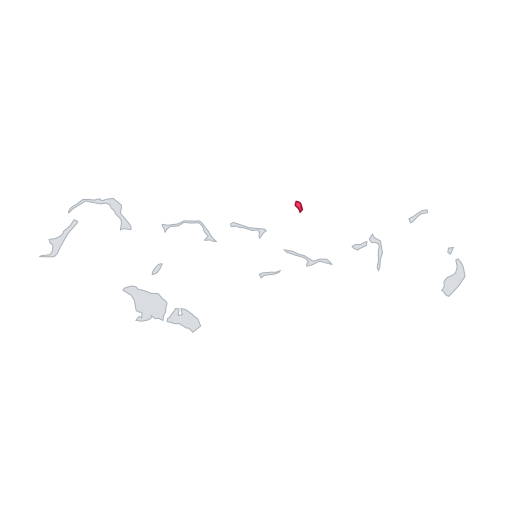 San Salvador on a map of The Bahamas (orthographic projection), rotated 315°
{"feature_id": "BHS-5031", "entity_name": "San Salvador", "entity_type": "District", "adm_level": 1, "iso_a3": "BHS", "parent_name": "The Bahamas", "parent_adm1": "", "projection": "orthographic", "projection_center": [-74.482, 24.049], "detail": "fine", "context": "in_parent", "style": "filled", "palette": "rose", "viewbox_px": 512, "rotation_deg": 315, "n_neighbors": 0, "source": "natural_earth", "source_scale": "10m", "svg_char_len": 3814}
<svg xmlns="http://www.w3.org/2000/svg" viewBox="0 0 512 512"><g transform="rotate(315 256 256)"><path d="M160.1,213.2L159.9,219.8L160.3,224.7L159.7,226.5L154.3,229.7L152.9,231.5L147.8,233.2L144.6,235.8L143.2,231.5L140.3,228.8L139.9,224.4L137.6,225.8L134.3,224.8L129.0,221.3L125.7,216.6L130.5,216.0L131.4,218.8L135.3,215.5L134.5,213.6L133.8,213.4L132.7,209.9L138.6,201.2L140.0,195.5L137.7,186.2L140.1,185.6L146.4,189.0L149.2,192.3L149.2,196.6L151.8,200.1L155.5,208.3L160.1,213.2ZM163.8,238.3L163.9,239.5L158.9,242.9L162.4,245.4L165.9,240.1L168.5,244.6L169.8,252.7L169.5,254.1L169.7,255.4L170.2,256.9L170.3,259.2L167.4,266.3L157.5,265.3L157.5,259.3L156.0,258.1L153.9,249.5L150.9,246.7L146.8,239.5L149.3,237.7L152.6,238.4L154.3,237.6L158.9,237.1L161.7,236.2L163.8,238.3ZM396.2,406.7L394.6,410.7L389.2,418.4L377.2,420.5L363.9,420.9L362.9,418.8L362.6,417.0L363.5,414.1L363.4,413.0L362.9,411.8L367.7,410.6L370.9,407.0L375.9,406.4L382.2,408.8L385.5,408.9L390.5,406.1L394.5,400.1L396.9,400.9L396.2,406.7ZM187.2,148.3L186.1,148.8L182.0,143.2L178.6,141.6L184.0,137.8L186.4,134.5L186.5,127.3L187.9,123.4L187.5,119.9L188.8,116.4L187.3,112.5L182.9,109.2L174.4,96.6L160.6,93.3L153.4,93.0L157.4,91.1L161.0,91.4L166.6,92.7L173.3,93.5L177.3,97.2L181.2,102.1L184.7,104.2L186.1,105.5L185.9,106.9L186.5,108.2L191.1,110.6L195.7,114.3L196.8,125.1L190.4,130.0L188.9,145.6L187.2,148.3ZM126.4,101.8L132.2,103.7L135.4,103.5L137.3,102.5L146.0,103.2L153.1,101.7L154.1,104.6L153.9,106.1L138.8,107.2L124.9,111.0L117.3,113.7L113.7,113.9L111.1,112.3L102.3,103.2L104.7,104.2L111.2,109.4L115.4,108.6L119.4,105.4L120.1,103.0L119.5,101.8L121.4,97.9L126.4,101.8ZM215.1,171.6L223.1,177.9L230.0,180.3L237.4,188.1L240.6,190.9L241.2,193.4L239.8,204.8L238.0,211.7L238.2,217.7L236.4,215.9L234.7,211.9L231.8,209.6L230.8,208.4L236.1,208.2L236.7,202.0L239.3,197.1L239.0,192.0L232.9,186.3L228.8,181.3L222.3,179.7L216.5,174.7L212.9,174.0L208.6,174.8L210.2,171.9L211.3,168.0L212.1,167.3L215.1,171.6ZM304.0,314.1L303.6,315.5L297.3,304.6L289.3,301.9L284.8,299.2L285.7,297.7L288.9,297.1L289.4,293.6L288.1,289.9L283.9,282.3L281.6,277.2L280.5,276.0L280.3,271.7L285.2,278.4L287.2,284.3L290.5,290.1L292.7,300.1L299.1,303.5L303.7,308.3L304.0,314.1ZM335.9,351.3L332.4,353.0L333.2,350.1L340.0,345.3L343.7,341.1L345.8,339.6L346.6,338.4L349.6,336.8L351.1,334.1L350.6,331.9L347.5,328.3L347.5,325.7L348.6,323.9L353.9,323.0L352.5,325.7L354.6,333.5L347.7,343.2L341.7,346.2L335.9,351.3ZM280.8,242.7L281.1,245.4L277.8,244.9L272.8,245.9L271.1,245.9L272.2,244.0L275.6,241.5L275.8,239.0L271.6,235.5L266.8,226.6L264.5,224.5L263.4,221.2L259.3,217.6L260.2,215.8L261.0,215.3L263.8,216.3L270.0,228.9L270.4,230.2L280.8,242.7ZM394.8,339.2L397.9,339.9L399.6,339.9L405.4,341.4L408.9,343.7L409.7,344.6L407.9,346.6L402.5,342.9L397.9,342.4L391.3,342.6L388.7,341.9L390.4,337.8L394.8,339.2ZM343.4,323.4L344.6,324.4L341.3,326.6L334.1,323.9L332.5,324.1L331.0,321.2L330.5,319.1L330.8,317.1L335.1,318.6L337.5,321.5L343.4,323.4ZM180.1,196.9L174.5,197.9L170.6,196.7L169.5,195.7L171.3,194.3L175.1,193.1L181.1,193.1L183.7,194.6L184.0,195.3L180.1,196.9ZM262.7,283.5L260.6,283.8L256.9,282.3L248.2,275.6L244.1,275.0L245.5,271.3L248.6,272.6L255.6,278.4L258.2,281.3L262.7,283.5ZM324.6,250.0L320.7,255.9L318.6,255.4L319.8,248.0L322.5,246.8L323.6,246.9L324.6,250.0ZM401.6,389.5L394.9,392.3L394.2,389.1L397.6,386.5L401.6,389.5Z" fill="#d9dde1" stroke="#a8b0b8" stroke-width="1"/><path d="M322.7,252.5L322.3,253.2L321.5,255.4L321.5,255.9L318.2,256.2L318.2,255.9L319.1,254.8L319.6,253.1L319.8,251.2L319.6,249.5L319.6,248.2L320.2,247.4L321.0,246.9L322.0,246.5L322.3,246.3L322.6,246.0L322.9,245.8L323.2,246.0L323.9,247.3L324.1,247.5L324.2,248.0L324.6,248.8L324.7,249.2L324.7,249.7L324.4,250.7L324.4,251.2L322.3,254.8L322.2,254.2L322.3,253.6L322.7,252.5Z" fill="#f43f5e" stroke="#9f1239" stroke-width="1.5"/></g></svg>